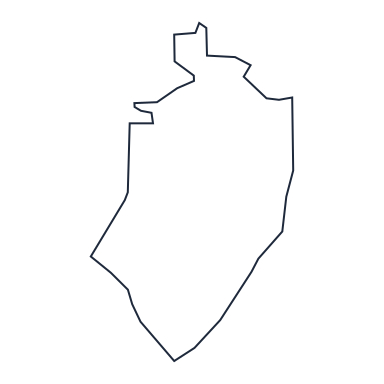 outline of Tibiri, Dosso, Niger
{"feature_id": "23599985B22885280076406", "entity_name": "Tibiri", "entity_type": "district", "adm_level": 2, "iso_a3": "NER", "parent_name": "Niger", "parent_adm1": "Dosso", "projection": "orthographic", "projection_center": [3.884, 13.094], "detail": "fine", "context": "isolated", "style": "outline", "palette": "slate", "viewbox_px": 384, "rotation_deg": 0, "n_neighbors": 0, "source": "geoboundaries", "source_scale": "gbopen_adm2", "svg_char_len": 567}
<svg xmlns="http://www.w3.org/2000/svg" viewBox="0 0 384 384"><path d="M129.7,123.3L127.8,192.3L124.8,200.1L90.8,256.5L110.9,272.8L127.9,289.7L132.2,304.2L140.5,321.7L174.2,361.0L194.5,347.9L220.2,320.1L251.5,271.8L258.4,258.6L282.3,231.5L286.3,196.7L293.2,170.5L292.2,97.5L279.0,99.8L266.5,98.3L243.7,76.7L250.6,65.2L235.1,57.1L207.0,55.6L206.3,27.9L199.2,23.0L195.4,32.9L174.2,34.6L174.6,61.4L193.8,75.6L194.0,80.9L177.2,88.2L157.0,102.2L134.4,103.1L134.6,107.0L141.0,110.8L151.5,112.8L153.0,123.3L129.7,123.3Z" fill="none" stroke="#1e293b" stroke-width="2"/></svg>